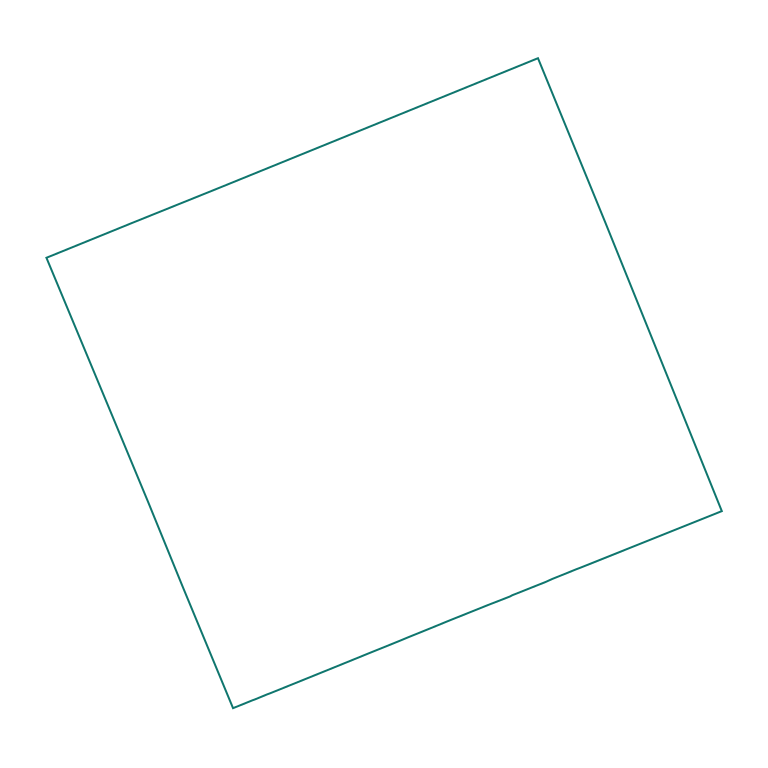 Cowley, Kansas, United States of America (Robinson projection), rotated 338°
{"feature_id": "52423323B98779997408159", "entity_name": "Cowley", "entity_type": "district", "adm_level": 2, "iso_a3": "USA", "parent_name": "United States of America", "parent_adm1": "Kansas", "projection": "robinson", "projection_center": [-96.904, 37.238], "detail": "fine", "context": "isolated", "style": "outline", "palette": "teal", "viewbox_px": 768, "rotation_deg": 338, "n_neighbors": 0, "source": "geoboundaries", "source_scale": "gbopen_adm2", "svg_char_len": 598}
<svg xmlns="http://www.w3.org/2000/svg" viewBox="0 0 768 768"><g transform="rotate(338 384 384)"><path d="M649.7,317.3L648.8,139.6L302.7,140.4L301.4,140.4L210.8,140.3L118.3,140.5L120.2,316.3L121.1,405.5L121.4,495.5L122.6,628.0L143.8,628.0L145.8,628.1L159.4,628.0L162.4,628.1L214.0,628.1L222.2,628.1L268.4,628.0L275.3,628.0L303.1,628.0L311.0,627.9L313.8,627.9L317.9,627.9L329.4,627.9L330.6,627.9L352.5,627.8L359.9,627.8L397.8,627.9L421.2,628.2L423.8,627.9L459.6,628.1L466.9,627.8L470.8,627.8L492.9,627.8L497.2,627.9L649.6,628.4L649.7,317.3Z" fill="none" stroke="#0f766e" stroke-width="2"/></g></svg>